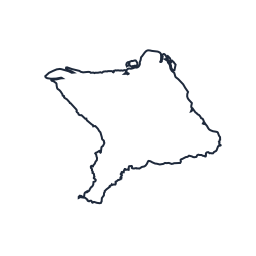 Amapá, orthographic projection, rotated 286°
{"feature_id": "BRA-681", "entity_name": "Amapá", "entity_type": "State", "adm_level": 1, "iso_a3": "BRA", "parent_name": "Brazil", "parent_adm1": "", "projection": "orthographic", "projection_center": [-52.454, 1.611], "detail": "fine", "context": "isolated", "style": "outline", "palette": "slate", "viewbox_px": 256, "rotation_deg": 286, "n_neighbors": 0, "source": "natural_earth", "source_scale": "10m", "svg_char_len": 5917}
<svg xmlns="http://www.w3.org/2000/svg" viewBox="0 0 256 256"><g transform="rotate(286 128 128)"><path d="M48.3,99.6L49.6,100.3L49.8,101.7L49.8,101.9L49.4,102.0L49.2,102.6L49.5,104.3L50.6,104.6L52.5,104.3L53.4,104.3L54.2,104.6L55.4,105.7L54.7,105.8L54.8,106.2L57.1,108.0L58.5,108.1L59.5,108.5L60.5,108.6L61.8,109.6L62.5,109.9L64.1,110.2L66.6,109.7L67.6,111.1L68.4,111.4L69.2,111.3L69.6,110.8L70.3,109.0L71.2,108.8L71.9,109.2L72.7,108.6L74.0,108.1L74.6,107.7L75.1,106.2L76.1,106.3L77.3,105.0L78.5,104.8L79.4,103.4L80.6,102.9L81.2,103.0L81.6,103.5L81.2,104.5L81.4,104.9L82.4,104.9L84.6,105.9L86.8,106.1L88.4,106.9L90.7,106.5L91.9,105.6L93.4,104.9L94.6,103.5L95.3,103.9L96.1,105.0L98.2,106.8L98.2,107.1L97.0,107.8L96.7,108.3L97.1,108.6L102.2,107.8L102.9,108.1L103.9,108.9L106.6,109.4L107.3,109.3L108.0,108.6L108.7,108.6L109.3,108.0L109.9,106.5L110.5,106.0L111.9,105.4L116.2,102.7L117.4,100.8L118.6,99.7L119.5,98.4L120.8,96.1L120.8,95.7L120.0,94.1L121.1,93.5L121.4,92.2L124.0,86.4L124.5,85.9L125.5,85.4L125.1,84.4L127.5,79.8L127.1,78.3L127.3,76.9L128.5,76.1L129.2,74.5L129.8,73.9L130.8,73.9L131.5,73.3L136.0,66.0L136.0,65.2L136.6,64.8L138.7,61.4L139.5,58.6L140.0,58.0L140.8,57.9L141.1,57.6L141.1,56.3L142.4,55.6L144.5,53.2L145.5,51.6L146.2,49.5L147.1,48.7L149.6,47.5L150.6,47.2L151.3,46.6L152.4,43.6L152.4,41.7L152.8,41.1L153.2,41.0L153.6,41.4L154.3,43.9L155.2,46.2L157.2,49.8L157.7,51.2L158.0,50.2L157.7,49.3L155.7,45.3L154.1,40.4L153.6,36.6L154.0,34.9L155.0,34.2L159.3,36.9L162.3,40.3L164.7,43.3L166.0,46.2L166.2,48.0L166.2,55.3L165.6,58.8L166.3,60.5L167.0,57.5L167.2,54.5L167.6,53.2L168.3,51.9L169.1,51.9L169.5,52.7L169.2,57.9L169.5,65.6L169.0,67.1L169.1,69.5L171.0,74.3L171.3,75.9L170.8,76.9L171.7,79.5L171.6,80.1L171.6,80.8L172.1,81.2L172.9,84.0L174.0,86.1L173.9,87.0L174.0,87.8L175.4,88.8L176.3,90.9L176.6,92.4L177.1,93.0L178.2,96.8L178.1,97.6L177.6,98.0L177.5,98.6L178.1,98.9L178.7,98.4L179.1,98.7L180.1,100.4L180.1,101.2L180.7,102.5L181.0,104.7L181.5,105.4L181.7,107.2L182.6,108.5L182.8,109.4L182.1,110.4L180.9,110.6L180.0,110.3L179.1,109.7L179.3,110.4L180.0,111.0L179.5,112.7L180.1,113.6L180.5,113.6L180.6,113.3L180.7,112.2L181.0,111.6L182.1,110.8L183.5,110.7L184.8,111.6L185.5,112.6L185.8,114.5L186.8,116.3L188.1,118.0L188.5,119.8L189.1,120.6L189.9,121.2L191.0,121.6L192.3,121.8L193.7,121.5L194.4,121.1L196.8,121.4L199.3,121.1L199.9,121.2L200.8,121.7L205.2,123.3L207.0,124.3L207.9,125.3L208.3,126.2L208.6,127.9L208.7,129.7L209.6,135.2L209.6,136.3L209.2,138.0L208.3,139.2L206.2,140.1L202.0,141.1L200.7,140.7L200.4,140.9L200.5,141.4L200.8,141.8L201.4,142.1L202.1,141.8L203.1,142.0L204.5,141.7L206.2,141.7L207.2,141.0L208.0,141.0L208.5,141.4L209.0,142.0L209.0,142.7L208.4,143.8L207.4,145.0L206.1,145.8L204.9,145.9L204.3,144.7L203.4,147.6L201.9,148.4L200.7,150.2L199.7,151.0L196.7,152.5L195.0,154.3L193.7,157.3L190.4,159.4L190.0,159.9L188.8,162.9L185.2,169.0L182.4,171.9L179.2,175.8L177.1,175.6L174.6,176.2L172.9,177.4L171.7,179.0L169.6,182.5L169.0,182.6L167.0,182.7L165.6,183.0L165.1,183.7L163.5,184.2L161.4,184.0L161.7,184.4L162.9,184.8L163.4,185.6L163.9,185.6L161.6,188.5L161.1,190.0L160.4,191.0L160.0,192.8L159.0,194.3L157.6,195.6L157.5,197.0L157.2,197.5L156.1,198.5L155.0,199.2L153.0,198.8L153.0,199.0L153.9,199.2L153.9,199.5L152.8,199.7L152.8,199.9L153.7,199.9L154.1,199.5L154.6,199.7L153.1,201.4L151.4,203.8L150.5,204.5L149.1,206.2L148.6,207.7L148.3,210.5L148.7,213.8L148.7,214.9L148.4,215.6L145.7,217.6L144.6,219.0L142.1,219.8L141.5,219.4L140.7,219.6L139.8,219.2L139.1,220.0L138.0,220.0L137.4,220.3L137.2,221.6L136.8,221.8L136.5,221.5L136.0,220.4L135.3,219.7L134.8,219.6L131.0,219.3L130.1,218.9L128.6,217.3L127.1,216.7L126.7,215.6L126.7,214.6L126.2,213.3L126.9,212.0L126.5,210.8L125.9,210.2L125.1,209.9L122.6,210.6L122.0,210.4L121.9,209.7L122.2,208.8L121.9,207.9L122.3,206.1L121.8,204.3L121.7,202.9L120.8,202.0L119.1,201.7L118.2,199.9L118.0,198.7L118.3,197.2L118.2,194.3L116.7,193.2L115.9,191.5L113.1,188.6L112.8,188.0L112.1,187.4L111.7,187.4L110.2,188.1L108.8,187.8L106.8,181.9L106.3,181.4L105.5,179.9L105.7,176.9L104.9,174.9L104.6,173.2L103.2,171.8L101.7,168.6L101.6,165.4L101.3,163.9L101.7,160.8L102.2,158.8L102.1,157.0L101.6,156.5L98.6,156.0L96.6,155.2L95.5,154.2L94.4,152.1L92.2,150.2L91.8,148.3L91.5,147.7L91.7,146.9L90.7,144.9L90.5,144.0L90.5,143.1L90.7,142.7L92.2,142.4L92.5,142.0L91.6,139.7L90.6,139.5L88.0,140.2L87.8,139.8L88.0,138.8L87.2,137.5L87.8,136.7L87.7,136.2L85.9,135.8L84.2,136.1L84.0,135.4L84.1,134.3L83.9,134.1L83.5,134.1L83.1,134.6L82.7,134.6L82.1,134.4L82.3,133.9L81.7,133.7L81.5,133.8L81.4,134.6L81.0,135.2L78.7,134.5L78.6,135.4L77.6,135.5L77.5,135.0L76.6,134.9L76.4,134.2L75.4,133.5L75.3,132.8L73.7,131.8L73.0,130.9L72.5,130.9L71.7,131.5L70.3,131.5L70.0,131.2L69.9,130.1L69.1,128.8L69.4,128.0L68.4,127.9L68.0,127.1L67.2,126.4L66.7,126.3L66.4,126.7L63.1,124.2L60.9,123.0L60.2,123.3L59.0,122.9L56.4,123.4L55.7,123.0L53.4,122.2L50.0,122.9L49.3,122.6L48.5,122.6L47.9,121.5L47.5,118.8L47.6,115.8L47.3,115.1L46.5,114.7L46.4,114.4L46.7,113.9L47.7,113.1L47.9,112.6L47.6,111.6L46.8,110.8L46.9,109.5L47.2,109.0L47.6,109.0L48.0,108.7L48.6,107.1L49.1,106.2L48.6,102.8L48.5,101.3L47.2,99.9L48.3,99.6ZM190.3,111.4L192.1,111.3L193.5,113.1L193.6,113.9L194.9,116.1L195.0,116.8L194.1,118.0L192.9,119.1L191.5,119.6L190.2,119.0L189.6,117.0L188.9,116.2L188.9,115.6L188.0,115.0L188.6,111.9L189.8,111.8L190.3,111.4ZM202.0,156.3L196.3,156.7L196.0,155.9L196.3,154.5L197.9,152.9L200.1,152.0L201.0,151.1L201.7,150.9L202.5,151.0L203.4,151.5L204.5,151.4L204.9,151.8L203.7,154.1L202.9,154.9L202.6,155.5L202.0,156.3ZM203.3,150.8L203.0,150.5L202.1,150.2L202.1,149.6L202.9,149.0L203.8,148.7L204.3,147.7L204.8,147.4L206.5,146.8L207.1,146.1L207.8,145.9L208.2,146.3L206.6,149.1L205.1,150.2L203.3,150.8ZM187.9,110.5L187.0,109.9L188.3,108.9L190.0,108.9L191.1,109.6L191.5,110.3L191.6,110.9L191.3,111.1L190.2,111.1L189.7,111.5L188.9,111.5L188.1,111.3L187.9,110.5Z" fill="none" stroke="#1e293b" stroke-width="2"/></g></svg>